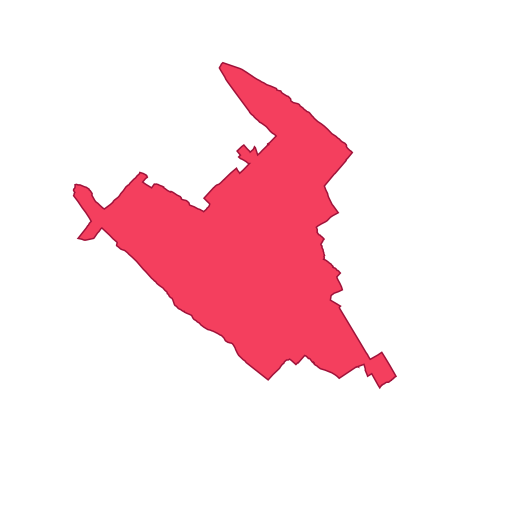 Pogana, Vaslui, Romania (Mercator projection), rotated 326°
{"feature_id": "2599482B64640023243271", "entity_name": "Pogana", "entity_type": "district", "adm_level": 2, "iso_a3": "ROU", "parent_name": "Romania", "parent_adm1": "Vaslui", "projection": "mercator", "projection_center": [27.562, 46.333], "detail": "fine", "context": "isolated", "style": "filled", "palette": "rose", "viewbox_px": 512, "rotation_deg": 326, "n_neighbors": 0, "source": "geoboundaries", "source_scale": "gbopen_adm2", "svg_char_len": 6114}
<svg xmlns="http://www.w3.org/2000/svg" viewBox="0 0 512 512"><g transform="rotate(326 256 256)"><path d="M306.4,406.2L301.6,406.2L292.9,405.5L292.9,404.2L293.1,401.3L293.3,400.1L293.2,397.7L293.9,385.7L296.0,346.4L296.1,345.9L296.4,345.2L296.8,345.0L298.0,344.8L293.0,334.2L296.0,330.9L296.9,330.6L297.9,330.7L299.8,330.5L304.6,331.7L308.7,332.3L309.6,329.4L310.2,325.7L310.6,321.7L310.8,320.2L311.3,318.5L316.4,317.3L316.1,315.4L316.1,314.8L315.7,313.7L315.2,313.3L315.1,311.3L314.7,310.1L314.2,309.6L313.5,308.6L313.9,308.2L313.6,307.7L314.0,307.2L313.7,306.1L313.6,304.3L312.9,303.0L312.7,301.8L312.3,300.8L311.9,299.5L311.2,298.0L310.2,296.5L311.4,296.0L312.2,294.2L313.1,294.0L313.5,292.1L314.1,291.0L314.4,289.6L315.1,288.4L315.4,285.9L316.3,284.7L316.3,284.4L316.1,284.0L316.3,282.6L317.3,282.0L318.0,281.9L318.5,281.4L319.1,281.4L320.6,280.3L321.6,280.3L321.9,280.0L321.8,278.8L321.4,277.8L321.4,276.9L320.9,275.8L320.8,274.6L320.1,273.8L320.0,272.5L319.8,272.1L320.0,271.2L319.9,270.4L320.8,269.6L321.1,268.8L321.6,268.3L322.1,265.9L324.1,265.7L327.9,265.9L332.9,266.5L334.8,266.5L339.3,265.5L342.2,265.5L348.4,266.1L348.1,257.7L347.9,255.9L349.0,248.0L349.5,246.1L350.3,244.2L350.8,240.3L351.8,236.2L366.8,231.8L367.6,231.8L383.7,227.4L384.3,227.1L384.5,226.6L386.6,226.2L393.7,224.1L393.5,222.5L392.8,220.9L392.1,217.6L392.1,215.8L392.7,215.2L393.0,214.4L392.7,212.2L391.3,209.6L390.8,207.9L390.4,205.4L389.7,203.9L389.2,201.5L387.3,197.1L386.3,191.1L385.2,186.5L384.0,182.9L382.4,179.1L381.2,174.2L381.2,173.0L380.8,171.2L380.4,166.9L379.7,165.6L378.9,164.6L378.7,163.4L377.9,161.3L377.7,159.5L376.5,156.3L376.6,154.7L375.9,153.2L372.7,149.7L371.7,147.0L371.7,146.6L372.5,145.4L372.5,144.9L372.1,142.4L371.8,141.4L371.0,140.6L368.9,135.8L368.6,134.6L368.7,134.4L368.8,133.0L367.1,131.3L366.1,129.9L366.5,129.2L366.4,128.3L363.1,123.2L360.7,120.0L359.3,116.8L358.0,114.8L357.3,113.0L355.6,109.9L354.1,106.5L351.1,99.0L348.8,93.7L347.5,91.6L336.6,77.2L334.5,77.6L333.1,78.5L331.2,79.3L330.8,79.6L330.6,82.0L330.2,90.4L329.8,92.6L329.8,95.6L330.2,106.9L331.3,132.4L331.1,133.5L331.4,135.9L332.3,138.6L332.2,139.3L332.7,142.0L333.5,144.5L333.9,147.2L334.8,148.8L336.6,153.6L337.0,155.1L337.6,160.7L338.3,163.4L339.0,164.8L339.5,166.3L339.8,167.8L330.8,169.7L328.7,169.7L329.0,170.7L328.7,170.9L328.4,170.8L328.1,170.0L327.8,170.4L326.4,170.9L320.2,172.0L317.4,172.7L313.9,173.2L316.0,165.9L315.8,164.6L314.8,165.3L313.3,166.1L309.3,166.6L309.4,166.3L308.6,162.3L308.0,157.2L305.3,157.3L299.0,158.4L299.5,163.7L297.0,164.2L297.6,166.6L298.4,167.7L299.5,169.8L300.7,172.5L301.0,173.9L301.3,174.6L301.6,175.2L302.3,175.7L293.4,177.6L288.7,178.3L288.8,177.3L288.6,174.7L288.9,172.3L281.5,173.1L273.1,174.6L272.7,174.9L272.3,174.7L267.7,175.6L265.5,175.8L263.1,175.2L261.3,175.3L259.7,175.7L259.3,175.6L245.2,179.0L246.0,183.3L246.8,186.8L246.3,187.5L244.4,188.7L242.0,189.0L241.2,189.5L237.4,190.0L237.1,189.1L236.0,187.2L235.9,186.7L235.1,185.5L234.3,184.6L232.3,180.7L229.6,176.9L229.5,176.3L230.1,174.6L230.0,173.7L229.4,171.5L229.0,170.8L227.0,168.7L226.2,167.5L226.0,166.9L226.5,166.0L226.4,164.4L224.6,161.3L223.2,157.8L222.5,156.3L221.6,154.9L220.9,155.2L219.3,152.3L217.6,147.4L218.0,147.1L217.0,145.4L215.6,143.5L214.9,142.1L213.5,140.5L212.2,140.0L211.9,139.5L207.6,141.1L204.7,134.9L203.4,131.3L207.9,130.0L210.0,130.0L210.1,129.9L210.0,127.9L210.3,127.9L210.2,127.5L208.7,124.6L206.7,122.1L206.4,121.8L205.9,122.3L204.7,122.8L202.4,123.0L199.8,123.9L197.8,124.0L192.1,125.2L190.6,125.9L189.5,125.7L186.8,126.0L182.5,127.7L178.7,128.7L176.5,129.7L174.7,130.2L170.0,130.5L168.2,130.9L167.8,131.3L166.9,131.5L163.9,131.9L156.6,132.2L155.9,130.7L154.9,126.7L154.4,124.1L153.5,121.5L153.4,119.8L153.9,114.0L155.1,112.5L155.1,109.1L154.7,108.0L155.0,107.3L153.7,104.1L152.5,102.7L149.9,98.7L148.3,97.6L147.2,96.2L145.8,95.7L145.2,96.8L144.2,98.0L143.3,98.5L142.4,98.6L141.5,99.4L141.3,100.6L141.4,102.0L140.4,102.4L139.6,103.3L138.5,104.0L138.9,111.0L138.9,119.2L139.2,124.5L139.1,131.0L138.8,135.1L136.2,135.7L134.2,136.8L133.5,136.8L130.9,137.9L118.3,141.9L121.0,144.7L122.4,146.7L123.7,147.6L131.2,150.6L131.9,150.5L137.5,148.3L139.5,147.9L142.6,146.7L143.9,146.6L146.3,156.9L147.1,161.7L148.4,166.5L148.4,167.2L148.2,167.5L146.5,169.0L146.3,169.3L146.3,169.8L146.9,171.3L147.7,174.5L148.6,175.9L150.2,177.9L151.3,181.4L151.6,183.5L152.7,187.6L154.0,193.7L155.2,204.1L155.8,207.2L157.0,216.0L157.6,218.2L157.9,220.1L158.4,220.8L158.5,223.4L159.4,226.4L161.0,230.5L161.3,233.5L162.0,236.0L161.9,236.8L161.4,237.6L161.8,238.4L161.9,239.0L161.6,241.1L162.0,242.8L162.7,244.1L162.5,245.9L161.2,250.7L161.2,251.8L161.9,253.2L162.2,255.7L162.5,256.6L163.6,258.3L164.1,259.8L164.9,261.5L165.5,261.8L165.3,262.5L166.5,264.6L168.5,267.6L169.4,269.3L169.0,272.0L169.1,273.8L170.3,276.4L170.4,277.4L170.8,278.4L171.4,279.5L171.7,280.7L171.7,282.0L173.0,285.9L174.9,290.0L176.6,291.8L177.6,293.4L178.3,294.2L181.1,299.2L182.2,301.7L182.8,302.2L183.2,303.9L183.6,306.3L183.3,308.5L183.3,309.3L184.5,312.0L185.1,312.5L186.0,313.7L186.8,314.3L187.4,315.5L187.5,317.1L187.3,320.4L186.8,322.2L186.2,326.4L186.1,328.7L187.4,334.8L188.2,336.8L188.3,338.9L196.8,365.5L203.7,363.8L212.6,362.3L214.6,361.4L217.3,360.5L219.0,360.5L220.4,359.6L222.8,359.3L223.5,359.4L224.5,360.2L226.2,360.3L226.9,362.2L228.4,368.3L231.0,367.8L231.2,368.2L240.7,365.7L240.9,366.2L241.4,366.5L241.8,368.1L242.0,368.6L242.1,370.3L243.0,370.8L243.2,371.5L243.4,375.4L243.6,376.0L244.0,375.8L244.3,375.9L244.5,377.1L244.3,377.6L243.8,377.7L244.0,378.9L244.2,379.6L245.0,381.0L245.4,382.7L246.4,385.5L249.3,389.0L253.6,395.3L255.2,398.8L256.0,401.1L256.6,403.9L277.2,404.0L277.3,404.4L278.5,404.7L278.8,405.2L278.9,404.7L284.9,406.2L283.5,410.8L282.7,411.7L282.6,412.2L281.6,417.1L281.3,418.1L286.1,418.3L285.0,431.3L284.9,434.5L286.5,433.8L287.0,433.8L287.9,433.3L288.5,433.6L289.6,433.4L291.3,433.7L292.6,433.5L293.8,433.8L295.4,434.8L295.7,434.8L298.3,434.6L298.8,434.8L299.6,434.4L301.0,434.5L301.6,434.2L302.3,434.3L302.7,434.0L304.8,434.1L305.7,421.9L306.2,412.2L306.4,406.2Z" fill="#f43f5e" stroke="#9f1239" stroke-width="1.5"/></g></svg>